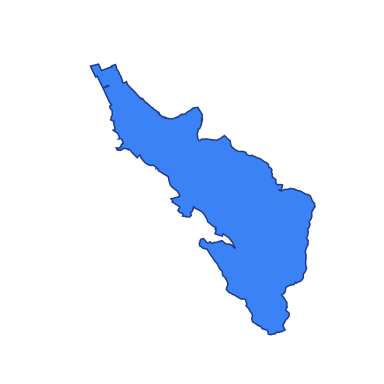 the district of Cracaoani, Neamt, Romania, rotated 215°
{"feature_id": "2599482B97908448489139", "entity_name": "Cracaoani", "entity_type": "district", "adm_level": 2, "iso_a3": "ROU", "parent_name": "Romania", "parent_adm1": "Neamt", "projection": "robinson", "projection_center": [26.231, 47.104], "detail": "fine", "context": "isolated", "style": "filled", "palette": "blue", "viewbox_px": 384, "rotation_deg": 215, "n_neighbors": 0, "source": "geoboundaries", "source_scale": "gbopen_adm2", "svg_char_len": 6026}
<svg xmlns="http://www.w3.org/2000/svg" viewBox="0 0 384 384"><g transform="rotate(215 192 192)"><path d="M93.0,256.6L95.3,256.5L97.9,255.4L103.5,255.0L106.0,253.8L108.9,253.3L109.3,252.9L110.2,253.2L111.2,252.3L112.6,251.9L113.9,250.9L115.2,248.9L117.5,247.4L119.4,244.1L121.9,243.4L122.0,243.6L120.3,244.5L120.0,245.4L121.0,247.0L120.9,248.0L121.9,249.7L123.9,248.8L125.8,247.1L128.0,247.2L129.3,248.5L130.1,249.9L130.6,250.3L133.9,250.4L135.5,251.0L136.8,253.0L138.8,254.2L138.8,255.5L139.9,256.4L141.6,256.8L142.8,256.4L146.2,258.8L151.0,258.3L154.2,258.4L156.6,258.1L158.3,257.3L160.6,257.2L162.0,256.7L164.2,256.4L165.0,255.2L167.0,254.3L168.9,254.1L170.0,255.0L171.6,255.2L174.8,253.8L175.7,252.8L177.0,252.0L180.8,251.3L182.3,251.6L186.1,251.9L190.4,256.0L194.0,256.0L195.4,256.6L197.8,256.8L198.9,253.9L199.5,251.9L201.2,249.0L202.9,247.7L204.7,246.7L211.2,243.4L212.3,242.3L214.3,241.0L215.0,238.7L216.2,238.4L217.9,239.0L221.3,243.0L221.9,245.3L222.8,246.8L222.1,248.5L223.0,252.2L223.9,254.6L225.0,255.2L224.4,256.3L224.9,256.8L226.0,257.4L225.4,258.0L226.7,259.3L227.9,261.2L231.1,262.7L234.7,263.9L235.1,264.1L234.9,264.4L235.9,264.6L239.3,261.3L240.0,258.5L239.9,257.9L241.4,255.6L242.4,251.9L244.1,250.3L245.0,249.9L244.9,249.4L245.4,248.2L246.0,247.8L245.9,246.8L246.4,246.1L246.3,245.4L246.4,245.2L246.9,245.2L248.1,243.6L248.9,242.0L250.9,239.9L252.8,238.9L253.6,238.8L254.8,238.0L255.3,238.0L255.2,237.5L256.7,237.0L257.0,237.0L256.7,237.8L256.9,237.9L257.2,237.8L257.7,237.0L258.3,237.2L258.5,236.9L260.0,236.6L260.5,236.9L261.5,236.7L261.9,236.9L262.2,236.5L262.9,236.6L262.7,236.8L263.1,236.9L263.9,237.9L264.5,237.5L265.4,238.2L265.9,238.1L266.0,237.5L266.4,237.8L268.0,238.1L269.9,238.0L271.0,237.7L272.1,238.4L274.9,238.1L276.3,238.7L277.3,238.3L278.2,238.9L278.7,238.6L279.5,238.9L280.3,238.9L280.7,239.1L281.5,238.4L282.7,239.1L286.1,240.2L286.7,239.2L288.2,239.8L288.6,239.1L290.6,239.8L297.3,241.4L302.4,242.2L305.7,242.9L307.1,243.5L309.0,244.8L309.8,242.7L311.6,242.0L313.3,243.6L316.4,245.8L317.7,246.5L318.8,246.7L320.1,247.8L322.9,249.1L324.1,249.3L325.3,250.7L327.8,252.5L330.1,249.3L329.3,248.8L330.1,247.5L330.4,247.6L335.8,239.5L341.9,243.2L347.4,236.8L336.9,230.9L336.5,231.2L336.5,232.3L336.3,232.5L335.9,232.4L324.8,226.2L322.2,229.7L322.7,229.9L321.6,231.4L321.2,231.3L321.6,230.6L321.3,230.5L324.5,226.1L311.3,218.4L307.9,217.1L308.7,215.2L306.7,213.4L305.1,213.4L303.7,212.4L301.2,208.9L301.3,207.2L300.5,206.3L300.2,205.2L300.3,204.7L300.0,204.4L296.4,205.2L296.4,204.4L295.6,203.5L291.0,199.4L292.1,197.4L289.8,197.3L288.1,197.6L287.0,197.4L285.1,196.7L282.6,194.9L282.4,194.1L282.6,193.4L280.9,194.6L280.1,194.8L278.8,194.5L278.2,193.7L276.2,192.7L276.8,191.3L276.6,191.4L276.6,189.0L276.2,187.2L277.1,186.6L277.9,185.2L279.4,184.8L278.0,183.6L277.1,184.2L276.5,183.8L274.5,185.1L274.0,186.1L273.5,186.4L273.5,187.8L273.0,188.4L271.2,189.6L270.0,189.8L269.3,190.5L268.4,190.0L267.9,190.9L266.2,190.7L263.8,190.0L257.0,188.7L256.4,188.7L256.3,190.7L255.8,192.4L252.9,190.5L251.2,190.3L249.8,189.6L246.1,189.0L242.1,189.5L241.4,190.1L240.6,190.3L239.7,191.5L239.1,191.8L237.4,191.7L236.9,191.9L235.3,191.3L235.1,191.0L235.1,191.3L234.2,191.2L233.4,191.7L233.0,191.1L232.2,190.4L231.4,190.2L227.1,190.6L225.5,190.4L225.3,190.6L220.4,191.0L216.5,187.4L213.7,185.2L211.7,184.9L211.3,184.6L210.9,184.9L210.3,184.4L210.0,184.7L204.4,184.2L200.0,182.3L200.0,181.0L200.5,180.5L200.2,180.0L201.5,178.9L202.2,177.8L205.3,174.4L202.6,173.6L202.4,172.4L201.2,172.8L199.9,172.5L193.7,172.9L193.2,172.0L193.0,168.9L190.5,168.2L187.0,169.1L185.9,166.8L182.9,168.6L182.8,168.3L179.8,170.0L179.5,170.4L179.2,172.1L179.3,172.8L181.0,173.5L180.9,174.4L181.3,175.0L180.8,175.4L181.0,177.0L181.0,177.4L181.2,177.8L181.0,178.0L181.1,178.6L181.6,178.9L181.5,179.6L182.3,180.3L182.2,180.7L182.7,180.9L179.4,180.6L174.5,181.4L170.6,181.2L163.7,178.2L162.4,176.7L155.0,176.1L152.0,176.6L151.7,176.2L152.0,175.6L151.6,175.1L151.5,174.6L150.3,174.7L149.2,171.0L141.8,173.2L142.7,175.6L134.9,175.7L133.8,175.0L132.5,174.8L128.8,173.4L127.9,172.7L124.7,171.1L124.9,170.4L129.0,171.3L131.2,170.9L133.2,169.5L134.4,169.1L137.0,169.0L139.4,169.5L140.2,168.7L140.2,168.4L141.5,167.1L141.6,166.3L144.4,163.8L145.2,162.8L145.5,161.9L146.6,161.2L147.9,161.5L149.0,161.3L149.1,159.8L149.7,159.3L151.0,159.1L154.6,160.2L156.1,160.3L157.3,159.0L157.6,157.5L157.3,157.1L157.5,156.7L157.3,156.5L156.5,156.1L156.9,154.8L155.5,152.9L154.7,152.3L153.0,152.5L151.4,152.3L148.0,153.2L146.9,153.9L146.5,153.9L145.9,153.4L140.2,150.9L138.0,150.3L133.0,148.2L131.9,148.2L129.2,147.2L127.9,146.3L124.6,144.7L121.9,144.6L120.4,142.6L118.8,141.2L115.8,141.0L114.7,140.2L112.0,139.2L110.7,137.9L110.2,137.7L109.5,136.4L108.9,134.5L108.9,134.0L108.1,131.9L104.6,131.0L103.6,131.0L101.6,131.6L100.1,131.3L98.5,131.9L91.3,132.4L89.6,132.9L87.7,134.5L86.7,134.6L82.8,131.6L82.6,130.2L82.3,129.6L80.0,129.4L72.6,126.3L71.3,125.0L70.6,122.9L69.7,121.8L67.7,120.3L66.5,120.7L61.7,120.5L58.0,121.2L56.1,120.3L51.2,121.9L49.5,121.0L48.1,119.4L46.1,120.1L45.1,120.7L44.9,121.4L42.4,123.6L42.6,124.8L41.5,126.2L39.8,127.2L39.8,127.7L38.0,129.7L37.9,130.6L36.6,132.2L41.3,135.1L41.1,136.2L41.9,140.8L41.3,143.3L41.5,144.1L41.3,144.6L41.3,145.7L42.3,147.8L43.5,148.6L47.1,149.0L48.0,150.2L47.9,152.2L49.5,153.7L50.1,154.8L51.2,156.2L52.4,156.4L56.2,158.2L59.1,158.7L59.5,159.0L58.8,160.9L58.3,163.0L58.9,164.8L60.2,167.1L59.9,168.9L58.3,171.8L57.2,172.8L56.8,173.6L55.4,174.5L55.4,175.9L55.2,176.8L55.3,177.3L54.2,177.3L53.5,179.1L52.0,181.0L51.7,181.6L51.5,184.9L51.9,186.0L53.4,188.1L53.6,189.7L53.6,191.4L54.2,195.0L57.1,197.6L59.4,200.7L60.1,202.4L62.8,206.3L64.4,207.4L65.4,208.6L65.5,209.6L65.9,210.2L66.3,212.3L66.8,213.1L66.6,214.5L67.1,216.0L67.5,216.2L68.7,218.6L72.0,220.2L72.2,222.5L73.9,226.1L75.9,227.8L75.8,229.7L76.5,232.6L77.2,233.6L78.8,234.7L79.0,235.2L79.1,238.7L79.7,240.5L82.4,244.2L82.8,248.1L82.8,250.6L84.0,251.5L85.0,252.9L87.9,253.5L91.9,256.1L93.0,256.6Z" fill="#3b82f6" stroke="#1e3a8a" stroke-width="1.5"/></g></svg>